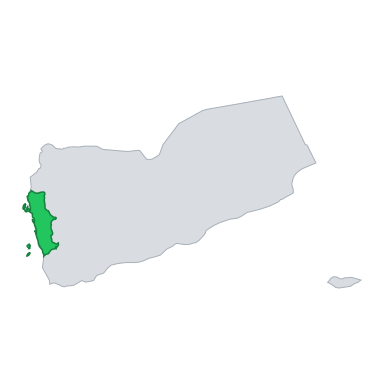 where Al Hudaydah sits in Yemen
{"feature_id": "YEM-151", "entity_name": "Al Hudaydah", "entity_type": "Governorate", "adm_level": 1, "iso_a3": "YEM", "parent_name": "Yemen", "parent_adm1": "", "projection": "orthographic", "projection_center": [43.034, 14.789], "detail": "fine", "context": "in_parent", "style": "filled", "palette": "green", "viewbox_px": 384, "rotation_deg": 0, "n_neighbors": 0, "source": "natural_earth", "source_scale": "10m", "svg_char_len": 6404}
<svg xmlns="http://www.w3.org/2000/svg" viewBox="0 0 384 384"><path d="M315.9,162.9L302.3,168.7L298.7,171.1L295.5,174.1L293.2,177.8L291.7,184.1L293.3,189.8L293.3,192.8L289.8,195.0L286.5,196.6L282.8,199.0L280.5,199.6L278.8,201.5L276.6,202.8L268.9,206.3L260.5,209.1L247.0,212.5L241.8,216.0L237.1,218.3L229.8,219.2L219.9,222.6L214.4,225.2L207.6,229.4L206.1,230.7L205.0,233.7L202.9,236.3L198.8,240.6L195.7,242.8L193.6,243.0L189.6,244.3L184.8,244.6L176.7,243.4L174.6,244.4L172.9,246.1L166.7,249.1L160.5,255.0L155.8,256.6L148.3,258.5L143.1,261.0L139.5,262.0L135.0,262.6L126.5,262.5L118.5,263.4L111.1,265.1L107.6,268.2L103.7,273.1L97.2,275.2L95.7,276.9L93.7,280.5L89.5,281.5L85.7,282.1L81.7,280.6L74.4,285.0L71.6,285.7L67.4,285.9L64.4,286.8L62.2,286.5L59.5,284.9L53.8,282.8L49.7,284.2L49.3,280.1L42.4,267.6L43.8,256.8L43.8,255.3L42.4,250.4L38.3,246.0L38.4,240.4L37.1,236.4L36.0,232.2L36.3,231.1L36.4,230.1L34.3,223.8L33.6,222.5L33.4,221.2L34.0,220.1L34.0,219.0L32.9,217.0L31.7,213.3L26.2,210.4L27.3,207.7L28.4,208.6L29.9,209.4L30.2,207.7L30.2,206.3L27.9,198.1L31.3,187.1L30.2,177.2L35.4,173.2L36.7,172.0L37.5,171.0L38.7,168.7L40.4,168.0L41.0,165.6L41.0,164.4L39.9,163.4L39.1,160.6L39.3,157.1L39.6,155.6L40.2,153.0L42.0,152.0L42.4,151.2L41.0,149.5L41.1,148.5L44.2,145.6L45.4,144.8L47.4,143.9L49.0,143.9L50.8,144.4L52.4,145.2L54.0,146.6L55.6,148.3L58.2,148.9L59.9,148.7L61.3,149.4L62.5,149.0L63.8,148.2L66.0,148.2L67.9,147.2L73.5,146.8L78.8,147.0L84.4,146.2L89.9,146.2L95.5,146.2L96.8,146.3L98.0,146.8L102.7,149.3L106.3,149.7L113.5,150.3L121.2,151.0L127.9,151.5L133.5,150.8L138.2,150.3L139.4,150.3L140.9,151.9L143.8,155.7L146.5,159.3L151.2,159.4L154.2,158.0L157.4,156.0L159.4,154.5L161.6,148.5L163.0,144.6L166.3,140.2L169.1,136.5L172.8,131.7L174.8,129.0L178.8,123.6L182.7,121.5L190.2,117.4L197.6,113.3L202.4,110.7L206.5,109.4L213.4,108.2L221.5,106.8L229.5,105.4L238.2,103.9L247.7,102.2L254.3,101.0L262.7,99.5L269.6,98.3L275.8,97.1L282.1,96.0L283.5,98.8L284.8,101.7L286.2,104.5L287.5,107.4L288.9,110.2L290.3,113.1L291.6,115.9L293.0,118.8L294.3,121.6L295.7,124.5L297.0,127.3L298.4,130.2L299.7,133.0L301.1,135.9L302.5,138.7L303.8,141.6L305.2,144.4L307.2,145.2L308.5,147.9L310.3,151.6L312.2,155.4L314.0,159.1L315.9,162.9ZM340.0,278.7L341.7,279.0L344.3,277.9L351.8,277.4L361.0,280.1L359.3,281.1L358.3,282.3L354.4,283.6L350.5,286.3L339.1,288.0L335.7,287.5L332.9,285.2L327.6,282.3L329.6,280.3L330.0,279.3L330.7,278.4L333.5,276.7L336.4,276.9L340.0,278.7ZM29.8,247.1L29.4,247.7L28.9,247.6L27.2,246.1L29.1,244.3L30.1,245.9L29.8,247.1ZM24.3,208.3L23.4,209.0L23.1,207.8L23.7,205.3L24.6,204.6L25.3,206.4L24.9,207.5L24.3,208.3ZM28.9,254.9L27.0,255.8L28.3,253.5L29.6,253.0L30.0,253.1L28.9,254.9Z" fill="#d9dde1" stroke="#a8b0b8" stroke-width="1"/><path d="M43.8,256.1L43.9,255.4L43.7,254.4L42.8,252.6L42.7,252.3L42.4,249.9L42.2,249.6L40.4,247.6L39.7,246.1L39.1,244.8L38.5,243.9L38.2,241.7L37.9,240.6L37.7,239.8L37.1,238.3L36.3,235.6L36.1,235.0L36.0,234.1L35.6,233.2L35.5,232.3L35.4,232.1L35.3,231.9L34.8,231.5L34.7,231.3L34.7,231.0L34.8,230.9L35.1,230.9L35.3,231.1L35.6,231.7L36.0,233.1L36.4,233.4L36.4,232.6L36.4,232.2L36.2,231.8L36.6,230.6L36.3,229.7L35.7,228.8L35.4,227.8L35.5,227.6L35.8,227.3L35.8,227.2L35.7,226.9L35.5,226.5L35.3,226.3L35.1,226.2L34.9,225.9L34.7,225.7L34.5,224.7L34.5,224.3L34.2,223.3L32.8,221.6L32.5,220.6L32.5,219.9L32.5,219.6L32.9,219.9L32.8,220.1L32.7,220.3L32.7,220.7L32.9,221.2L33.3,221.8L33.7,222.3L34.3,222.7L34.3,222.2L34.5,221.3L34.5,220.7L34.2,219.6L34.0,218.7L33.9,218.3L33.7,218.0L32.9,217.3L32.6,216.9L32.4,216.4L32.4,215.8L32.5,214.2L32.4,213.7L32.0,213.2L31.0,212.7L30.1,212.0L29.5,211.6L28.9,211.3L28.3,211.1L27.7,210.9L27.1,210.9L26.7,211.2L26.6,211.8L26.3,211.8L25.6,211.6L25.1,211.1L25.0,210.5L24.8,210.1L25.2,210.0L26.1,210.3L26.6,210.2L26.9,210.0L27.1,209.7L27.1,209.3L27.1,209.0L26.8,208.5L26.8,208.2L27.5,206.8L27.7,206.5L27.9,206.9L27.8,207.3L27.6,207.8L27.4,208.1L27.9,208.3L28.3,208.6L29.5,209.6L29.6,209.8L29.7,210.2L29.6,210.7L29.7,210.9L30.0,211.1L30.1,210.8L30.0,210.7L29.9,210.6L30.3,210.0L30.4,209.4L30.4,207.1L30.1,206.1L29.7,205.3L29.5,204.9L29.6,204.6L29.6,204.3L29.7,203.9L29.6,203.5L29.6,203.2L29.5,202.9L29.1,202.1L27.9,200.6L28.0,200.3L28.3,199.9L28.1,199.6L27.8,199.3L27.6,198.9L27.5,198.4L27.8,197.4L27.8,196.9L27.2,196.7L27.4,196.3L27.7,196.0L28.0,195.8L28.3,195.5L28.6,195.2L28.7,194.7L28.7,194.2L28.9,193.4L29.2,192.8L29.7,192.4L30.3,192.1L30.8,191.7L31.1,191.2L31.2,190.5L35.7,193.3L37.6,193.0L38.8,193.1L39.4,192.8L39.8,192.5L40.9,192.2L43.8,192.0L44.5,192.6L44.9,193.4L44.8,194.3L44.6,195.0L44.5,195.5L44.2,195.9L44.2,196.5L44.6,197.4L44.4,199.1L44.2,199.4L44.2,199.8L44.6,202.3L44.7,203.6L44.8,203.9L44.8,204.5L45.0,205.0L45.0,205.8L44.9,206.8L45.1,207.5L45.1,208.3L45.9,209.4L46.5,209.9L47.2,210.5L48.4,210.8L48.7,211.3L49.0,212.1L49.6,213.1L49.9,214.0L50.3,214.6L51.2,215.5L51.9,215.9L52.8,216.7L53.7,217.2L54.4,217.4L55.0,217.4L55.5,217.3L56.2,217.9L56.2,218.3L55.6,219.1L55.2,219.4L54.7,219.4L53.9,219.1L53.6,219.1L53.4,219.5L52.5,220.4L52.0,220.8L51.5,221.6L51.0,222.9L51.4,225.0L51.3,225.5L51.0,225.9L50.9,226.4L50.9,226.9L51.0,227.3L50.9,227.8L51.0,228.4L52.1,231.3L52.2,231.8L52.5,232.5L52.6,232.9L52.6,233.6L52.6,234.2L51.6,235.4L51.0,235.4L50.8,235.8L51.8,239.8L51.8,240.8L52.2,241.8L52.6,242.2L53.3,242.6L54.2,242.9L55.7,243.8L56.3,244.1L56.7,244.0L57.1,243.7L57.5,243.4L57.9,243.1L58.3,242.9L58.4,243.7L58.5,244.3L58.4,245.1L57.3,246.8L56.9,247.1L56.6,246.9L56.2,246.7L55.6,247.0L55.5,247.3L55.9,247.9L56.2,248.2L56.2,248.7L55.9,248.6L55.1,248.8L52.8,249.2L52.1,249.5L51.1,249.9L49.0,252.7L48.7,253.3L48.4,253.7L47.7,253.8L46.8,254.1L45.9,254.4L43.9,256.0L43.8,256.1ZM29.0,244.4L29.2,244.2L30.0,245.2L30.2,245.6L30.2,245.9L29.8,247.0L29.8,247.9L29.8,248.4L29.6,248.6L28.8,248.6L29.2,247.8L28.6,247.6L27.9,247.2L27.7,247.0L27.3,246.6L27.1,245.9L27.3,245.5L27.9,245.0L28.6,244.5L29.0,244.4ZM25.6,204.2L24.9,204.7L24.8,204.8L24.9,205.0L24.5,205.4L24.1,205.6L24.4,205.8L24.7,205.7L25.1,205.5L25.4,205.5L25.4,205.9L25.0,207.0L24.9,207.4L25.0,207.7L24.9,207.9L24.8,208.0L25.0,208.0L24.4,209.0L24.1,209.3L23.7,209.3L23.4,209.1L23.0,208.6L23.0,207.9L23.3,207.2L23.4,205.7L23.8,205.2L24.1,204.8L24.4,204.6L24.5,204.4L24.6,204.2L25.2,203.8L25.4,203.9L25.6,204.2ZM27.9,253.8L29.1,252.9L29.6,252.7L30.0,253.0L29.9,253.6L29.0,254.5L28.8,255.1L28.5,255.4L27.0,256.1L26.9,255.7L27.1,255.1L27.9,253.8Z" fill="#22c55e" stroke="#15803d" stroke-width="1.5"/></svg>